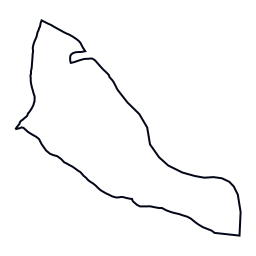 the district of Massacre, Anse-la-Raye, Saint Lucia
{"feature_id": "8701671B60259256363554", "entity_name": "Massacre", "entity_type": "district", "adm_level": 2, "iso_a3": "LCA", "parent_name": "Saint Lucia", "parent_adm1": "Anse-la-Raye", "projection": "albers", "projection_center": [-61.037, 13.949], "detail": "fine", "context": "isolated", "style": "outline", "palette": "ink", "viewbox_px": 256, "rotation_deg": 0, "n_neighbors": 0, "source": "geoboundaries", "source_scale": "gbopen_adm2", "svg_char_len": 2686}
<svg xmlns="http://www.w3.org/2000/svg" viewBox="0 0 256 256"><path d="M239.5,235.6L240.6,212.1L240.1,208.9L238.0,195.8L237.8,194.6L233.8,186.5L229.3,181.8L222.0,178.3L213.5,177.1L204.4,177.7L203.1,177.5L194.8,176.0L182.3,172.5L168.2,165.5L159.1,157.3L150.0,144.4L147.2,127.5L139.3,114.1L127.4,102.4L118.1,90.5L116.8,88.5L115.9,86.5L115.6,85.9L113.6,82.1L112.3,80.2L110.8,78.6L109.4,76.8L108.6,74.7L105.7,71.8L103.4,69.7L100.8,66.9L98.0,63.7L95.5,60.9L94.6,60.0L93.3,59.2L91.9,58.5L90.6,58.5L88.0,58.8L85.0,58.9L82.9,59.3L80.8,59.9L78.0,60.8L74.2,62.1L70.9,62.9L70.3,61.4L70.1,58.5L70.2,57.3L70.4,55.8L71.5,54.1L72.0,53.9L73.0,53.1L74.8,52.5L76.0,52.2L79.0,52.0L80.8,52.0L82.1,51.8L83.6,51.5L84.7,51.3L85.2,51.2L84.4,50.0L83.7,48.8L83.1,48.0L82.1,46.1L80.7,43.4L80.3,42.7L79.0,41.2L78.1,40.4L76.3,39.0L72.1,36.2L70.2,35.2L68.8,34.4L66.7,33.6L64.2,32.4L61.7,31.0L57.5,28.7L53.6,26.5L51.5,25.2L50.5,24.7L49.0,24.1L41.6,20.4L40.5,23.6L40.4,24.4L39.9,26.9L39.2,28.0L38.4,30.7L38.0,31.2L37.8,31.8L37.6,32.2L37.5,32.5L36.5,36.9L34.5,41.4L33.4,44.7L32.8,47.6L32.8,48.7L33.0,50.0L33.1,51.6L32.6,54.3L32.6,56.4L32.4,58.3L31.8,66.4L31.6,68.3L31.0,71.0L30.9,72.1L31.0,72.7L31.0,74.0L30.5,75.1L30.5,76.8L30.7,77.4L30.7,80.1L30.8,81.6L31.0,83.3L32.0,87.8L32.6,89.7L33.5,93.1L34.1,95.1L34.6,96.2L34.6,98.9L34.5,101.7L34.1,102.2L33.5,104.8L32.3,107.2L31.5,108.7L30.1,110.9L28.7,112.8L28.2,113.1L27.1,115.9L26.7,116.3L26.2,116.7L25.6,117.3L24.8,117.8L23.8,118.7L23.0,119.5L21.6,120.4L20.4,121.5L19.7,122.7L19.5,123.7L19.3,124.1L17.3,126.5L16.8,127.2L16.3,127.9L15.7,128.9L15.4,129.3L15.6,129.2L16.8,128.9L17.1,128.8L20.0,128.1L21.6,127.4L23.5,127.9L25.0,129.2L26.3,130.4L28.2,132.1L32.1,134.5L32.6,134.8L36.2,136.8L39.1,139.1L39.6,140.2L39.9,140.8L41.6,144.1L43.8,147.3L46.1,150.5L49.9,153.7L53.3,155.1L57.1,156.1L61.1,159.0L64.0,162.1L64.6,162.5L67.1,163.7L69.3,165.0L72.4,166.6L75.8,169.0L77.8,170.5L80.4,172.1L82.6,174.6L83.7,175.9L84.0,176.1L86.3,178.0L87.3,179.3L89.6,181.3L92.7,183.2L95.7,185.6L97.2,187.1L98.5,188.4L100.9,190.4L103.1,191.7L105.9,193.3L108.5,194.5L112.1,196.3L112.5,196.4L113.0,196.6L116.2,197.5L117.6,197.4L119.3,197.3L121.3,196.9L123.6,197.2L125.6,197.8L126.5,198.0L130.2,198.8L132.0,198.9L132.4,200.1L132.8,201.2L133.6,201.9L136.9,204.8L137.9,205.3L140.0,206.4L144.5,206.4L145.7,206.4L150.1,206.3L154.5,207.2L156.3,207.5L158.6,208.0L162.0,208.0L163.8,209.0L166.3,210.3L168.7,211.2L169.6,211.5L170.5,211.9L174.0,212.9L175.3,213.2L179.3,214.1L182.6,215.3L183.8,215.6L184.3,215.8L187.0,216.6L187.6,216.9L190.7,218.5L195.1,222.1L198.6,224.6L202.0,226.6L202.7,227.1L203.5,227.4L211.6,230.6L214.6,232.9L215.6,233.0L239.5,235.6Z" fill="none" stroke="#020617" stroke-width="2"/></svg>